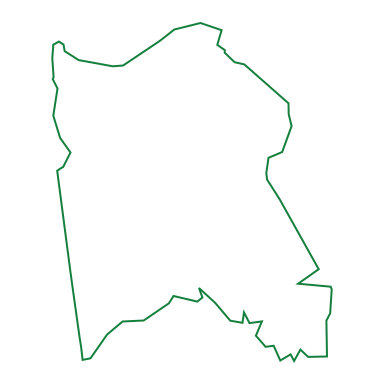 outline of Asan, Guam
{"feature_id": "77769853B60030225466541", "entity_name": "Asan", "entity_type": "district", "adm_level": 2, "iso_a3": "GUM", "parent_name": "Guam", "parent_adm1": "", "projection": "robinson", "projection_center": [144.726, 13.457], "detail": "fine", "context": "isolated", "style": "outline", "palette": "green", "viewbox_px": 384, "rotation_deg": 0, "n_neighbors": 0, "source": "geoboundaries", "source_scale": "gbopen_adm2", "svg_char_len": 957}
<svg xmlns="http://www.w3.org/2000/svg" viewBox="0 0 384 384"><path d="M200.5,23.0L174.3,29.5L162.0,39.2L158.9,41.5L123.1,65.5L112.7,66.3L96.4,63.3L78.7,60.1L64.7,51.2L63.5,44.5L58.9,41.6L53.3,44.7L52.3,58.3L53.6,77.3L52.7,79.0L57.5,88.5L53.3,115.7L60.1,137.9L70.5,152.5L63.2,166.9L60.0,168.8L57.2,170.8L61.3,202.2L70.3,270.9L73.0,290.5L79.7,338.2L81.1,346.8L82.6,359.9L90.5,358.3L107.2,334.4L122.6,321.5L143.7,320.5L168.9,303.3L173.5,296.0L197.3,301.6L202.4,297.5L199.0,288.0L215.2,302.9L230.3,320.7L242.5,322.8L244.0,312.4L249.5,323.1L261.9,321.4L255.9,335.7L265.6,346.8L273.7,345.8L280.3,360.5L290.6,354.4L294.1,361.0L300.4,349.6L308.1,356.9L327.0,356.5L326.4,320.6L330.2,313.3L331.7,289.3L330.7,286.7L298.1,283.7L318.7,269.2L279.6,199.2L267.1,179.6L266.3,173.1L268.5,157.8L282.2,152.0L291.6,126.1L288.7,114.2L288.5,103.3L244.3,64.4L234.6,62.2L224.7,52.7L224.8,50.1L217.3,44.9L221.6,30.2L200.5,23.0Z" fill="none" stroke="#15803d" stroke-width="2"/></svg>